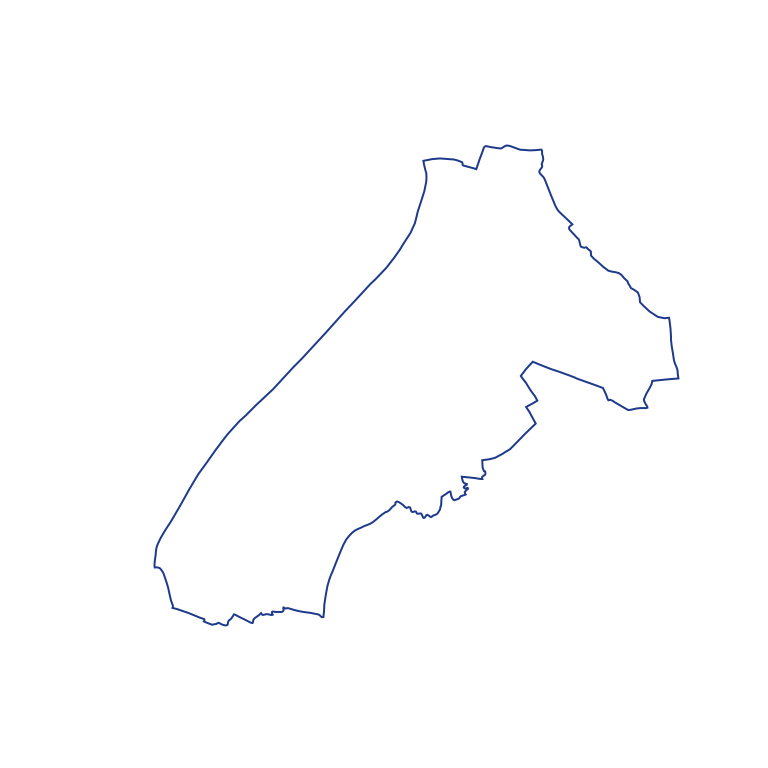 Sa Dec, Can Tho, Vietnam (Albers equal-area conic projection), rotated 245°
{"feature_id": "81297802B46621499872955", "entity_name": "Sa Dec", "entity_type": "district", "adm_level": 2, "iso_a3": "VNM", "parent_name": "Vietnam", "parent_adm1": "Can Tho", "projection": "albers", "projection_center": [105.732, 10.322], "detail": "fine", "context": "isolated", "style": "outline", "palette": "blue", "viewbox_px": 768, "rotation_deg": 245, "n_neighbors": 0, "source": "geoboundaries", "source_scale": "gbopen_adm2", "svg_char_len": 6122}
<svg xmlns="http://www.w3.org/2000/svg" viewBox="0 0 768 768"><g transform="rotate(245 384 384)"><path d="M569.6,514.0L565.4,512.9L559.2,511.7L557.3,511.5L553.3,509.8L549.5,507.8L541.8,502.1L535.9,496.7L525.8,487.3L520.7,483.3L516.6,479.9L509.7,471.8L502.1,459.6L501.7,459.1L499.3,455.6L494.0,446.3L488.3,435.2L482.2,419.6L482.2,419.4L480.4,414.0L471.5,392.3L466.0,378.4L465.7,377.8L462.5,370.2L455.5,353.9L446.0,330.7L441.8,320.5L437.4,308.6L426.3,281.6L424.4,275.9L418.9,259.0L414.1,246.0L411.4,237.2L408.0,229.1L404.5,220.9L399.8,211.7L398.9,210.2L395.7,204.1L387.1,189.1L381.1,178.2L378.4,174.1L370.9,163.1L370.6,162.7L359.4,147.2L349.3,132.6L345.3,126.1L341.8,120.7L338.4,116.0L335.4,112.3L333.5,110.2L331.4,108.3L328.9,106.7L325.6,104.8L321.1,101.9L318.5,100.3L315.8,99.0L314.6,98.7L314.1,100.1L313.1,101.7L311.6,103.1L308.7,103.8L305.5,104.1L300.6,103.6L294.0,102.8L289.8,102.1L285.5,101.1L279.5,99.8L277.4,99.4L275.2,99.3L272.4,99.0L271.5,98.6L270.4,97.7L267.7,101.1L258.9,110.2L250.6,117.9L246.9,121.6L246.6,121.8L245.6,121.2L244.9,120.4L241.7,123.3L238.5,126.5L237.8,129.3L237.4,130.5L237.7,132.7L237.2,133.4L234.3,135.7L232.2,138.2L232.0,138.8L231.9,140.5L234.3,142.2L235.2,143.4L235.8,146.1L237.6,149.2L238.6,150.5L238.2,151.3L233.8,154.6L229.9,157.8L224.3,162.2L223.4,163.0L223.0,163.8L223.1,164.2L224.0,164.9L224.7,165.4L225.3,165.8L225.7,166.2L226.1,167.1L226.6,168.6L226.8,170.0L227.2,172.1L227.4,173.1L227.8,174.4L228.1,175.2L228.3,175.8L226.8,176.0L226.1,176.3L225.8,176.8L225.3,179.1L225.2,180.0L224.8,180.7L224.2,181.8L222.8,183.5L222.2,184.4L222.0,184.9L222.0,185.7L222.9,185.6L223.6,185.6L224.0,185.7L224.6,186.1L224.8,186.6L224.7,187.2L223.7,188.7L222.8,190.2L222.1,191.9L221.3,193.4L220.7,194.6L220.6,195.4L220.7,196.2L221.2,197.2L222.0,197.7L222.8,197.9L223.4,197.9L223.9,198.3L223.9,198.6L223.6,199.0L222.8,199.3L222.4,199.6L222.1,200.2L221.7,201.2L221.7,201.8L221.3,202.5L219.9,204.0L217.1,207.2L214.5,210.4L211.8,214.1L207.6,220.7L204.5,224.9L203.4,226.5L202.6,227.3L201.8,227.9L200.5,228.4L199.5,228.8L199.0,229.1L198.7,229.8L198.5,230.4L198.4,230.6L200.0,231.5L203.2,233.5L209.3,236.7L217.7,242.3L224.6,247.2L229.6,251.5L233.1,255.0L235.7,258.0L243.6,266.3L251.5,274.8L255.4,279.2L259.0,284.0L261.3,288.7L262.6,292.1L263.5,295.9L263.6,298.8L263.5,302.5L263.6,305.9L263.3,309.5L263.2,312.5L263.5,315.5L264.3,318.9L265.6,323.4L266.6,327.4L267.2,331.3L267.0,332.5L267.0,333.8L267.4,335.5L268.1,337.2L269.1,339.5L269.5,341.3L269.7,342.6L270.5,343.7L271.6,344.2L272.0,345.2L272.0,346.2L270.7,347.5L268.4,349.0L265.8,350.3L264.0,350.9L262.1,352.1L262.0,353.4L262.0,354.5L261.3,355.3L259.9,355.4L258.5,355.1L257.1,355.0L256.2,355.4L255.8,356.1L255.6,357.2L255.5,358.2L254.9,359.0L253.6,359.1L252.8,359.1L252.0,360.0L251.5,361.6L251.2,362.6L250.1,363.1L249.0,363.1L247.4,363.0L246.4,363.0L245.8,363.4L245.7,364.4L246.3,365.5L247.1,366.7L247.2,367.9L246.4,368.5L245.4,369.2L244.2,369.7L243.5,370.4L243.5,371.2L243.9,372.3L243.9,373.3L243.7,376.6L244.1,377.9L245.1,379.5L246.3,381.3L247.5,382.5L248.9,383.3L249.7,384.4L254.6,387.0L257.3,388.5L257.8,391.0L258.2,394.2L258.7,396.3L258.8,397.6L258.7,398.1L258.4,398.7L256.5,398.2L253.8,397.6L251.8,397.6L249.9,397.9L248.9,398.8L248.7,400.3L248.6,402.1L248.5,403.4L249.0,404.5L249.8,405.9L249.7,407.8L249.4,409.7L249.3,411.3L250.7,411.2L251.8,411.4L252.5,412.5L253.1,414.3L253.5,415.7L254.0,416.1L254.6,415.6L255.0,413.4L255.6,412.8L256.5,412.6L257.1,413.0L257.5,414.0L257.6,415.1L257.6,416.2L258.3,416.8L259.1,415.9L260.3,414.8L261.3,414.4L262.5,414.4L263.9,414.5L266.4,415.1L267.1,415.3L263.2,421.9L260.1,427.0L258.2,429.7L256.9,431.7L256.3,433.0L257.5,433.2L258.3,433.9L258.8,435.3L258.9,436.7L259.5,437.8L260.6,438.3L262.1,438.7L262.7,437.8L266.3,438.0L269.0,439.0L270.6,439.7L273.4,440.8L271.5,447.0L270.8,450.0L270.2,453.4L270.3,455.9L270.6,462.0L271.1,465.2L271.6,470.5L273.4,475.5L276.1,482.6L278.9,489.9L281.5,497.3L284.0,504.8L294.6,504.1L297.1,504.0L301.6,503.3L303.1,503.1L303.4,508.0L303.7,512.5L304.1,515.9L308.9,515.7L313.1,514.8L317.6,514.0L325.4,513.1L331.0,511.8L333.5,511.4L335.4,515.1L337.6,519.2L339.8,524.6L341.3,528.3L336.7,532.4L331.0,537.8L326.6,542.0L321.7,547.3L313.0,556.0L309.1,559.8L307.9,560.6L299.1,569.5L293.3,575.4L287.8,580.8L281.0,580.8L275.3,580.3L274.4,580.5L274.1,582.3L272.2,584.1L270.1,585.3L261.4,591.3L257.1,594.4L256.2,597.4L255.1,602.5L253.5,607.0L251.5,611.1L251.2,612.7L252.4,613.1L255.3,612.6L258.7,612.6L260.3,613.1L264.4,617.8L268.5,623.6L270.8,626.5L273.4,628.5L268.8,641.8L264.6,653.2L268.4,654.3L272.7,655.9L276.3,656.3L279.7,656.3L283.6,657.0L289.9,658.9L296.6,660.7L303.1,662.9L305.8,664.2L313.2,667.1L321.2,669.7L323.6,670.3L325.1,666.0L327.1,663.2L329.3,660.4L337.4,655.4L345.2,652.2L349.9,650.6L354.5,652.3L359.5,652.8L363.5,650.6L366.7,648.3L368.8,648.3L371.5,647.9L374.5,648.0L378.4,646.4L382.5,645.3L385.4,643.6L387.6,640.9L389.6,637.9L391.9,635.2L397.5,632.2L402.9,630.0L409.1,627.1L412.5,626.0L413.3,626.0L414.3,626.6L415.7,626.9L416.2,627.4L416.4,627.4L416.8,627.4L417.2,627.3L417.4,627.3L420.1,625.9L420.7,625.6L421.1,625.5L421.8,625.4L422.1,625.3L422.3,625.2L422.5,624.7L422.8,623.7L422.9,623.0L423.7,622.0L424.8,620.9L425.4,620.5L426.1,620.5L428.6,620.9L431.0,621.5L432.9,621.6L435.8,620.5L444.2,617.8L445.5,617.4L446.4,617.4L447.0,617.6L447.5,617.8L448.1,618.5L448.4,619.2L448.9,621.4L449.1,622.2L460.5,617.8L461.5,617.3L466.8,615.3L469.6,614.8L472.9,614.6L484.3,615.1L500.3,616.1L502.8,616.1L503.9,616.0L508.7,614.4L510.0,614.3L510.7,614.4L511.9,615.4L513.5,618.4L514.2,619.3L515.6,619.7L516.3,619.8L517.0,620.2L519.5,622.7L520.4,623.3L521.0,623.5L522.9,624.1L525.7,624.5L527.4,625.3L528.8,625.8L529.4,625.8L529.7,625.8L530.1,625.2L531.7,620.7L534.0,615.1L537.7,608.5L538.6,606.7L539.6,605.6L546.4,598.8L547.6,597.2L548.4,595.7L548.5,594.1L548.0,590.5L548.1,589.3L549.5,587.1L552.4,582.6L556.1,577.5L556.6,576.8L556.6,575.8L556.3,575.0L555.8,574.1L554.8,573.3L547.0,565.4L539.7,558.4L541.1,557.0L548.6,548.1L549.4,547.9L550.0,548.0L551.0,548.5L552.0,548.5L552.9,547.6L555.1,545.6L557.9,542.3L564.8,530.0L567.5,522.6L569.6,514.0Z" fill="none" stroke="#1e3a8a" stroke-width="2"/></g></svg>